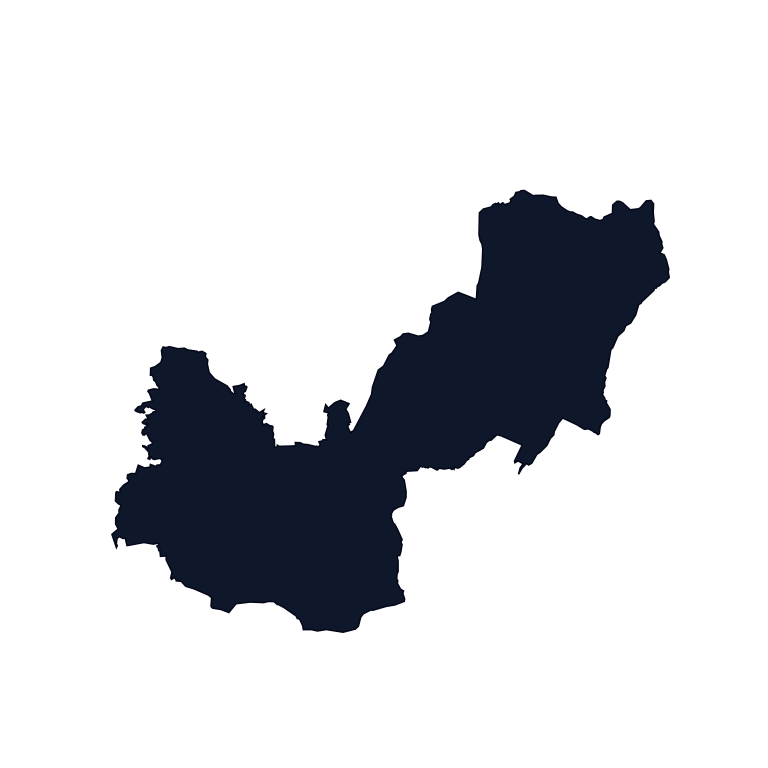 outline of Livezile, Bistrita-Nasaud, Romania, rotated 293°
{"feature_id": "2599482B94998463214771", "entity_name": "Livezile", "entity_type": "district", "adm_level": 2, "iso_a3": "ROU", "parent_name": "Romania", "parent_adm1": "Bistrita-Nasaud", "projection": "mercator", "projection_center": [24.633, 47.178], "detail": "fine", "context": "isolated", "style": "filled", "palette": "ink", "viewbox_px": 768, "rotation_deg": 293, "n_neighbors": 0, "source": "geoboundaries", "source_scale": "gbopen_adm2", "svg_char_len": 6171}
<svg xmlns="http://www.w3.org/2000/svg" viewBox="0 0 768 768"><g transform="rotate(293 384 384)"><path d="M657.3,558.0L655.0,553.8L646.4,551.1L644.6,549.6L640.6,542.5L644.1,532.6L644.2,529.4L643.2,527.0L638.1,524.6L630.3,527.6L623.7,521.4L620.9,521.3L618.8,518.9L618.1,513.4L618.9,509.6L618.6,508.5L615.2,506.3L614.9,505.2L616.0,499.8L615.5,495.1L616.0,490.4L615.1,488.4L615.0,484.8L616.4,477.7L618.6,473.3L623.1,469.3L621.5,464.9L620.0,456.9L616.4,448.9L615.5,448.4L617.0,437.6L615.5,434.6L613.8,433.6L611.9,430.6L607.7,430.6L603.4,428.0L602.9,428.9L600.0,429.3L596.1,424.8L597.2,423.1L597.0,422.2L594.3,420.8L595.4,418.4L594.0,418.0L593.8,416.2L591.8,414.3L588.8,413.5L583.9,407.1L578.9,404.9L558.5,413.1L553.8,416.3L551.0,419.6L546.5,422.3L529.7,428.6L514.1,431.7L510.9,431.4L497.9,436.0L497.4,416.5L488.6,409.6L483.6,407.4L474.4,398.2L471.1,398.7L468.3,400.3L466.7,399.8L461.7,400.8L459.2,403.0L449.3,404.5L443.7,400.6L441.4,396.8L440.2,386.6L437.5,382.0L434.0,380.8L428.6,376.4L424.4,381.0L415.7,379.3L412.7,377.5L400.2,376.6L394.7,373.3L376.7,374.6L369.7,376.6L356.9,376.5L329.2,374.2L327.3,372.8L326.0,373.0L325.9,372.4L329.9,367.9L331.8,366.9L333.1,367.9L334.2,366.5L335.7,368.2L342.8,362.7L345.9,358.6L352.2,359.6L352.1,350.5L347.7,346.1L340.1,342.2L342.2,338.4L335.1,339.5L335.8,344.5L333.2,344.3L331.9,345.6L324.4,347.6L324.7,348.6L314.0,349.9L310.1,353.0L308.9,349.6L307.6,349.7L305.5,346.6L302.7,349.3L300.6,348.1L300.4,346.1L299.0,345.5L299.7,344.9L298.3,337.0L297.0,333.2L297.2,329.8L295.5,325.2L292.5,326.8L285.7,312.0L286.0,309.7L284.2,310.2L283.0,308.0L290.3,304.7L290.1,303.5L291.3,302.8L295.0,301.8L297.2,299.7L301.1,298.6L301.6,297.6L301.0,295.1L301.6,291.2L299.4,289.0L300.9,286.9L303.9,286.2L305.9,287.5L307.6,286.6L306.7,285.0L310.7,287.3L310.3,283.7L313.4,283.6L308.9,280.4L310.5,275.2L309.4,274.3L313.5,269.5L311.7,268.2L314.1,266.9L314.0,263.0L315.3,262.6L315.2,261.4L319.3,260.6L319.5,258.6L320.8,258.1L322.0,258.1L322.9,259.2L327.6,259.0L328.1,257.8L327.3,257.0L327.5,256.3L329.6,255.1L326.3,251.8L322.7,246.2L317.0,250.5L316.1,249.1L317.5,245.1L318.6,244.8L320.9,240.4L322.5,226.1L326.2,218.6L333.3,213.6L337.3,212.4L339.2,208.9L342.5,208.1L343.0,203.7L340.6,200.4L341.1,199.2L338.7,190.0L339.0,186.3L336.0,180.6L334.5,171.8L332.2,168.9L331.8,166.2L327.9,166.0L321.7,169.6L316.7,170.2L310.5,166.5L307.4,163.0L300.8,165.6L301.4,167.2L300.2,169.0L297.6,170.5L296.8,173.0L294.2,175.5L293.0,178.2L291.3,179.4L289.6,174.0L286.3,169.6L284.9,169.6L284.0,171.5L277.9,177.5L272.2,169.5L268.9,169.1L267.0,166.6L262.6,165.0L262.0,166.3L262.3,170.7L263.6,173.2L263.4,174.3L264.5,174.9L265.8,172.8L267.1,172.4L270.6,173.6L270.3,176.2L271.4,176.7L270.8,180.6L271.1,183.9L269.8,185.1L268.2,182.5L266.7,182.3L263.7,180.0L262.4,177.3L259.5,180.8L258.4,178.2L254.2,176.4L253.5,177.7L253.7,180.0L254.6,180.7L254.8,182.5L253.0,181.4L251.5,182.3L250.7,181.6L250.8,180.8L248.9,181.0L247.3,179.7L244.3,180.3L242.9,182.2L243.6,183.6L245.2,184.0L245.5,185.1L240.7,190.7L239.9,193.6L238.1,194.0L235.1,191.0L233.0,192.2L233.4,188.2L233.0,186.0L232.2,186.3L231.8,188.7L232.5,188.6L232.4,189.5L231.3,190.0L229.3,194.2L226.8,195.3L226.7,196.2L223.3,195.8L223.0,197.0L223.1,197.8L225.6,197.8L225.6,199.1L224.7,199.8L224.8,202.1L228.0,206.8L227.6,208.8L225.9,210.1L222.2,209.7L220.6,206.7L219.0,206.4L218.7,200.4L216.0,201.0L213.2,196.3L213.3,189.5L204.5,190.4L202.9,186.4L200.2,183.4L196.7,184.5L196.0,186.4L194.1,187.2L189.4,183.9L183.8,182.0L181.8,183.2L180.9,182.9L180.4,179.9L179.2,179.7L171.4,182.5L169.9,186.5L169.8,189.5L164.5,189.2L161.8,190.6L156.2,189.3L150.3,191.6L146.7,196.0L139.3,192.3L128.8,201.6L130.8,201.7L132.7,199.9L137.6,198.6L140.1,200.0L139.8,204.2L141.1,206.0L134.8,210.6L144.3,225.0L146.4,234.1L149.2,238.4L147.5,239.9L146.4,238.3L145.7,238.5L144.7,240.6L142.6,241.7L142.9,242.8L138.0,245.6L140.6,250.6L136.9,252.3L128.1,262.3L122.1,263.4L121.1,264.9L123.7,266.4L123.0,268.6L121.6,269.7L123.1,274.4L120.3,280.6L121.2,288.7L121.1,304.7L120.0,308.8L112.6,311.3L111.5,311.9L110.7,313.8L112.7,321.9L113.0,330.5L123.9,333.7L130.9,345.8L135.7,358.6L138.8,362.8L140.7,367.9L139.3,371.7L139.7,373.4L139.2,378.4L139.7,379.3L139.1,379.6L136.1,393.9L134.2,395.8L134.7,398.1L129.5,403.8L126.3,405.7L129.6,413.3L130.6,419.2L135.4,426.8L139.5,443.3L147.2,453.4L151.0,455.1L160.2,453.7L164.5,454.8L170.8,460.2L171.4,462.2L180.2,473.0L184.7,480.1L191.8,487.6L194.2,487.0L198.4,483.3L201.2,482.8L201.5,479.5L205.7,474.2L208.2,473.6L209.5,471.9L214.1,470.3L216.8,470.3L226.7,466.1L229.3,464.1L231.6,463.6L232.2,465.5L235.6,465.2L243.2,463.4L244.8,461.5L247.8,461.5L255.6,453.1L259.3,448.4L259.3,447.1L265.7,441.5L266.2,442.2L267.5,441.4L271.8,442.0L276.1,445.2L279.5,449.4L288.2,448.6L293.8,446.3L303.4,440.2L305.4,436.5L308.1,437.1L310.2,439.1L311.7,438.7L312.8,439.3L317.3,448.4L322.8,449.7L323.1,450.6L322.4,451.5L323.5,453.2L323.2,454.7L323.8,454.8L323.9,457.3L325.0,457.7L326.1,459.8L325.5,466.5L328.2,468.0L329.1,472.4L332.2,477.3L331.9,480.0L333.5,480.6L332.9,481.8L335.0,481.5L335.3,484.7L336.5,486.1L342.1,489.1L345.9,489.8L347.9,491.4L349.0,490.8L353.0,494.3L356.4,494.8L363.9,500.6L370.3,501.1L373.8,503.2L373.9,504.4L381.4,507.8L382.1,511.9L381.8,535.1L363.9,534.2L362.6,535.3L365.6,537.5L364.9,543.2L359.9,542.1L353.4,543.1L360.4,544.0L366.4,546.2L366.0,548.9L368.9,551.0L379.1,552.2L381.9,554.2L390.9,557.9L399.1,558.4L403.6,560.2L406.6,559.3L416.3,559.9L422.5,561.8L421.9,577.2L420.6,586.1L422.6,589.8L422.2,595.1L421.6,596.1L421.9,597.5L421.0,600.7L422.3,601.6L428.9,599.8L432.3,599.7L436.0,601.0L441.3,604.4L443.1,604.3L449.0,602.0L453.6,595.8L455.4,595.6L455.8,593.6L457.3,592.6L459.9,589.0L462.0,589.1L463.8,587.9L468.3,588.2L472.0,586.2L476.2,586.0L477.9,583.8L484.8,583.1L486.6,583.7L504.2,579.4L506.9,580.4L519.4,580.5L526.7,583.9L532.1,583.8L536.4,587.2L545.9,588.7L556.7,587.4L558.7,589.1L560.7,589.3L575.5,595.8L577.8,595.6L578.7,597.2L580.8,597.5L581.8,599.0L585.6,600.6L587.7,602.8L593.4,605.0L598.3,601.8L600.9,601.3L608.6,595.4L612.4,591.5L612.4,586.7L618.2,587.5L621.0,585.1L623.7,584.1L628.0,579.3L631.3,577.4L636.4,569.4L639.2,569.1L647.1,564.8L655.1,561.8L657.3,558.0Z" fill="#0f172a" stroke="#020617" stroke-width="1.5"/></g></svg>